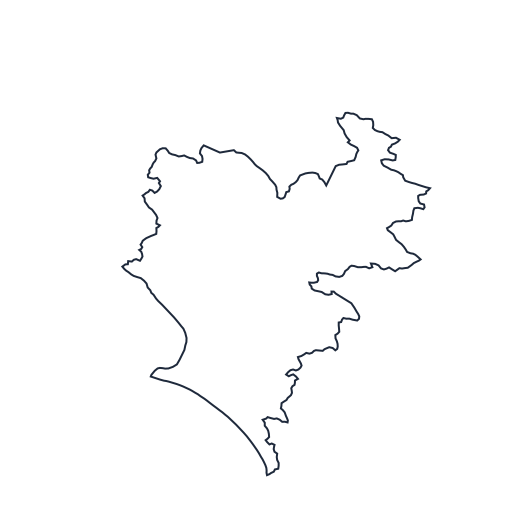 outline of Valença, Bahia, Brazil, rotated 123°
{"feature_id": "56859067B70637870066709", "entity_name": "Valença", "entity_type": "district", "adm_level": 2, "iso_a3": "BRA", "parent_name": "Brazil", "parent_adm1": "Bahia", "projection": "equal_earth", "projection_center": [-39.206, -13.363], "detail": "fine", "context": "isolated", "style": "outline", "palette": "slate", "viewbox_px": 512, "rotation_deg": 123, "n_neighbors": 0, "source": "geoboundaries", "source_scale": "gbopen_adm2", "svg_char_len": 6127}
<svg xmlns="http://www.w3.org/2000/svg" viewBox="0 0 512 512"><g transform="rotate(123 256 256)"><path d="M414.4,278.6L411.9,269.1L410.7,265.3L409.7,263.1L408.9,260.8L406.6,252.9L405.8,249.5L405.1,245.9L404.1,238.9L403.9,236.1L403.8,232.4L403.6,229.4L403.8,226.6L403.8,221.6L404.0,218.4L404.3,215.1L404.5,212.6L404.7,209.9L404.9,206.5L405.2,202.8L405.4,199.1L405.9,195.3L406.2,192.1L408.3,180.8L410.9,170.1L412.2,165.5L414.3,159.5L415.6,156.0L418.2,149.6L419.8,146.1L421.7,142.5L423.0,139.7L424.5,137.1L426.3,134.2L428.1,131.9L430.1,130.3L432.1,129.1L433.8,127.4L431.6,125.9L429.8,125.2L427.2,123.6L424.7,123.9L422.3,121.5L419.7,122.7L417.2,124.3L415.5,127.2L413.3,129.1L410.2,130.6L410.1,133.9L408.3,136.0L406.3,136.9L404.3,137.6L404.7,140.7L406.7,142.1L406.0,145.3L405.2,147.6L403.0,146.8L400.7,146.4L398.2,148.3L396.0,150.5L394.6,152.9L393.6,156.2L391.0,157.9L389.7,161.2L386.8,158.9L384.8,158.5L384.0,155.7L382.8,152.1L380.9,150.1L380.4,147.0L380.8,143.7L379.3,141.6L378.4,138.9L376.6,139.7L375.2,141.6L373.8,143.8L371.5,146.8L370.6,149.7L370.3,152.1L368.0,153.0L365.5,154.4L362.9,153.3L360.2,152.0L357.7,152.1L355.8,151.5L353.7,150.9L351.2,151.3L349.6,152.6L347.7,154.4L345.3,154.5L343.1,153.5L341.2,154.3L339.2,155.5L336.2,153.9L335.3,156.8L335.0,160.3L336.9,161.8L339.0,163.0L339.0,166.2L336.0,165.8L333.0,164.9L331.0,163.1L330.3,160.2L328.1,158.6L325.3,157.9L323.1,158.1L321.7,159.8L319.4,164.1L317.9,165.8L315.2,163.5L312.2,162.0L309.9,161.1L308.8,158.0L306.7,156.3L304.0,155.7L302.4,154.5L299.2,148.4L296.9,147.8L295.2,146.7L292.6,144.9L291.4,141.6L291.9,138.1L289.7,137.3L287.5,138.1L285.3,139.7L283.5,141.7L281.8,144.4L279.1,146.4L276.7,145.3L274.2,144.9L271.7,146.8L269.2,148.8L266.7,150.4L265.0,148.6L262.5,149.2L260.4,148.9L259.4,146.1L257.7,143.6L256.8,140.3L255.0,136.0L252.6,135.4L250.4,136.5L249.0,138.7L247.8,141.4L245.8,145.3L243.7,150.3L244.1,168.4L243.5,171.4L244.7,173.3L246.7,171.8L249.0,174.0L250.4,177.1L250.4,181.3L251.6,184.5L253.0,188.1L253.0,191.5L251.3,193.0L250.7,195.4L249.2,196.9L248.1,194.7L246.8,192.8L244.5,190.6L242.4,190.7L240.8,192.1L239.5,194.1L237.6,195.3L235.6,194.3L234.9,191.8L233.1,188.8L231.9,186.3L231.3,183.9L230.1,181.4L229.8,178.2L228.2,174.8L225.7,172.8L223.2,172.5L220.1,173.0L216.9,171.8L214.1,171.6L212.1,170.6L210.9,168.1L209.9,164.4L208.0,161.5L206.6,159.9L205.2,157.9L204.7,154.4L202.0,152.3L199.7,155.5L197.7,151.8L197.1,148.1L198.3,144.4L197.6,141.4L195.6,139.7L193.1,138.2L193.1,134.7L193.0,131.0L188.1,129.1L187.0,126.7L185.1,124.6L183.2,122.3L178.8,120.6L176.0,119.8L173.1,118.1L171.3,116.9L169.2,116.1L168.5,120.3L168.2,123.0L168.5,125.5L169.6,128.0L170.3,131.5L169.1,133.8L167.8,136.9L166.8,140.3L166.6,143.4L166.2,147.3L164.3,150.5L163.1,152.7L162.8,156.2L162.6,159.5L161.3,161.3L159.3,160.2L156.8,159.1L153.7,159.1L150.8,157.4L149.4,155.6L147.8,153.2L146.1,151.9L145.3,149.2L143.3,146.9L140.8,144.9L138.4,146.2L135.0,147.4L132.2,148.7L129.7,149.2L127.4,146.5L126.5,144.3L125.6,141.2L123.4,141.1L121.3,143.1L122.5,146.8L121.5,149.3L119.0,151.6L117.3,152.7L115.4,151.8L113.1,148.8L110.9,147.4L109.1,148.4L107.0,147.4L104.4,147.0L105.8,150.9L107.9,158.4L108.7,161.9L109.8,165.0L110.7,168.1L111.6,171.9L109.8,175.4L108.2,176.8L108.3,179.6L108.2,182.2L108.5,184.6L109.0,187.0L110.0,189.6L110.2,193.8L110.7,198.1L109.7,200.9L107.6,203.1L104.8,200.8L102.8,197.4L101.4,193.4L99.6,191.5L97.1,192.6L95.1,193.8L95.5,196.4L96.4,200.0L95.3,202.9L92.8,203.4L90.9,202.4L88.6,202.7L85.9,200.7L82.9,199.3L80.3,198.8L80.6,203.0L83.3,206.4L82.9,210.7L83.3,214.0L83.3,217.4L84.5,219.9L85.2,222.2L85.6,224.9L85.0,227.8L82.4,228.9L79.7,230.9L78.2,233.3L79.6,236.1L81.2,238.7L82.8,240.4L84.1,243.8L83.0,248.2L83.6,251.8L84.9,253.9L85.8,256.9L87.3,258.9L90.1,258.7L92.4,258.2L94.7,259.6L96.2,263.3L97.5,261.6L99.4,259.9L101.0,256.4L102.7,251.0L105.0,248.4L106.9,244.7L108.1,240.4L110.6,240.9L110.9,237.2L110.4,233.6L110.2,230.2L111.7,227.7L113.7,227.7L115.9,227.4L118.6,226.4L122.2,225.8L124.7,228.1L127.1,230.5L129.5,230.2L132.0,233.2L134.2,236.0L137.2,238.1L158.6,235.5L156.8,238.9L155.8,242.1L156.3,244.8L154.9,246.7L153.6,248.7L154.1,251.4L155.3,254.1L157.6,257.1L159.8,259.5L164.4,262.9L167.0,262.9L169.8,262.5L172.4,262.9L175.1,263.9L177.0,265.2L179.6,265.8L181.4,264.3L183.9,263.6L185.9,265.4L188.1,264.8L190.9,264.1L193.1,264.9L194.6,266.6L194.9,270.4L191.4,272.5L189.2,274.9L187.2,276.4L185.8,278.7L184.6,282.9L183.8,286.3L182.2,289.3L181.1,293.0L180.5,297.1L180.3,300.9L180.2,304.4L179.7,307.0L178.8,309.6L177.9,312.9L177.1,316.9L176.8,320.5L177.4,324.1L178.9,326.9L179.9,328.9L179.3,332.2L188.9,342.6L191.7,360.1L195.3,360.5L197.9,360.1L200.5,358.9L201.6,355.7L203.7,353.7L206.3,352.4L208.6,354.2L210.0,356.0L208.5,358.3L208.5,361.9L209.9,364.9L210.5,367.9L210.8,371.0L212.7,372.8L214.6,375.0L215.3,378.6L216.5,381.8L216.9,384.9L215.8,387.3L214.9,390.4L216.4,392.9L218.8,394.7L221.1,395.3L223.4,395.9L225.7,395.5L228.4,392.7L231.4,392.3L233.3,392.7L235.3,392.6L238.1,392.0L240.3,392.4L242.3,392.3L244.1,390.7L246.8,391.0L248.7,389.3L248.0,386.8L247.0,384.0L244.3,381.4L245.6,377.2L247.7,377.2L249.2,373.9L252.7,373.5L255.9,374.1L258.3,375.4L257.6,378.6L258.3,381.1L260.8,381.2L263.2,382.6L265.0,383.1L267.1,384.0L268.3,380.9L270.9,378.9L272.3,375.3L273.6,372.2L273.7,368.4L274.9,365.1L276.0,362.1L277.8,359.3L280.5,358.7L283.1,357.2L282.6,353.3L284.7,353.7L286.8,354.8L289.3,353.0L291.8,351.7L294.4,353.5L296.3,354.9L298.2,356.1L300.7,357.7L302.7,358.5L304.9,359.3L307.4,358.9L309.3,359.0L310.5,356.2L312.6,356.1L314.5,357.2L314.9,354.6L316.3,352.7L318.3,350.9L320.5,350.7L323.2,350.7L323.9,354.8L325.7,356.4L328.3,357.1L329.9,360.4L332.7,359.0L334.2,361.0L337.7,362.3L338.6,359.4L339.0,356.9L339.0,354.1L339.4,350.7L339.3,347.7L338.3,343.9L337.3,340.6L337.7,336.5L338.7,332.8L341.4,329.7L342.3,326.0L343.9,323.8L344.3,320.8L346.1,316.7L347.0,313.6L348.0,308.3L349.7,301.3L352.1,291.4L354.2,284.5L355.5,280.7L356.5,277.3L359.0,273.5L362.6,269.6L366.1,267.5L369.4,266.6L373.8,264.9L384.5,263.6L390.0,263.3L394.2,265.3L398.0,268.2L399.9,270.8L400.9,273.2L402.3,275.8L403.9,277.3L407.4,278.4L412.6,279.0L414.4,278.6Z" fill="none" stroke="#1e293b" stroke-width="2"/></g></svg>